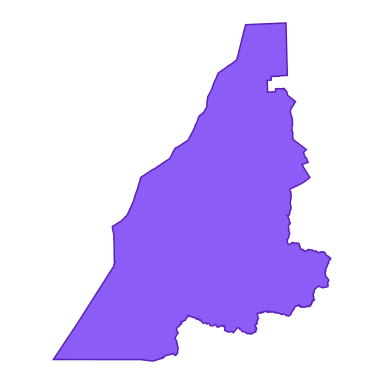 the district of Rubavu, Western, Rwanda
{"feature_id": "39286606B86206624572237", "entity_name": "Rubavu", "entity_type": "district", "adm_level": 2, "iso_a3": "RWA", "parent_name": "Rwanda", "parent_adm1": "Western", "projection": "robinson", "projection_center": [29.369, -1.641], "detail": "fine", "context": "isolated", "style": "filled", "palette": "violet", "viewbox_px": 384, "rotation_deg": 0, "n_neighbors": 0, "source": "geoboundaries", "source_scale": "gbopen_adm2", "svg_char_len": 6092}
<svg xmlns="http://www.w3.org/2000/svg" viewBox="0 0 384 384"><path d="M311.1,305.0L311.4,304.7L311.3,303.8L312.0,302.9L311.7,302.6L311.9,301.7L312.2,301.6L312.2,301.3L312.7,301.3L313.0,301.0L313.0,300.8L312.7,300.7L312.9,300.3L314.2,300.3L314.4,300.0L314.4,299.5L313.7,298.6L313.6,296.5L313.0,295.3L313.3,294.6L313.3,293.9L313.6,293.7L313.5,293.0L313.8,292.9L314.1,292.3L314.1,290.6L315.1,289.2L316.3,287.8L318.4,286.3L318.9,286.2L320.2,287.0L321.4,287.1L322.4,287.8L327.3,286.8L328.0,286.3L328.1,285.0L327.5,282.3L328.1,281.8L328.8,280.4L327.7,278.4L325.9,276.5L325.2,274.2L325.2,272.1L325.6,271.7L325.6,270.5L326.2,267.6L326.9,266.9L327.6,264.3L328.7,263.1L328.5,261.7L329.0,260.1L330.3,259.8L330.6,258.1L329.0,257.1L328.2,256.2L326.7,255.7L325.5,253.8L325.2,252.9L324.6,252.3L323.6,251.9L323.4,252.0L322.4,251.6L321.1,252.2L320.8,251.9L320.5,252.2L319.7,252.2L318.7,252.7L317.5,252.4L316.5,251.2L316.0,251.0L314.3,251.2L312.6,250.2L311.0,249.8L309.7,250.0L308.4,249.4L307.7,250.1L307.4,250.1L307.0,250.5L306.4,250.5L306.0,251.1L305.3,251.4L302.5,249.3L301.3,249.6L300.1,247.7L300.1,246.6L299.5,245.5L299.5,244.7L299.3,244.2L298.9,243.7L297.7,243.0L297.0,243.2L296.6,243.0L296.0,243.4L294.7,243.2L294.0,243.2L293.7,242.5L292.8,242.8L291.9,242.7L290.7,243.9L289.4,244.6L288.2,244.0L287.7,243.3L287.3,242.2L287.4,240.4L287.1,239.5L288.3,238.5L289.7,233.2L289.5,232.3L288.8,231.6L289.0,231.3L289.0,230.2L288.2,226.2L288.7,225.7L288.9,224.9L289.7,224.3L290.4,222.9L289.3,222.3L289.4,220.0L288.5,218.3L288.1,216.5L287.6,215.8L287.9,215.9L288.4,215.6L289.5,214.7L290.1,210.6L290.7,209.9L290.9,208.7L291.0,207.0L290.6,205.3L290.6,204.3L290.2,203.4L290.3,201.8L290.7,201.0L290.6,200.3L291.1,198.1L290.7,196.3L291.2,195.8L291.3,194.8L290.7,193.6L290.8,192.1L290.1,191.2L289.8,189.2L301.2,183.7L304.9,181.4L309.9,177.5L303.8,167.8L302.1,164.3L308.2,162.4L306.9,159.9L306.8,158.4L305.4,157.6L304.8,156.2L303.5,152.4L306.3,149.5L295.0,141.0L293.2,139.4L293.0,138.5L292.7,135.3L292.9,133.4L292.4,132.0L292.2,130.6L291.9,130.1L291.9,129.6L291.9,126.6L292.5,126.0L292.5,120.8L292.0,117.7L291.4,115.6L290.7,114.2L290.7,112.7L290.4,111.4L290.8,109.2L295.5,101.6L287.6,95.3L287.2,93.9L287.0,92.2L286.1,90.6L284.0,88.5L283.4,89.2L283.1,88.5L279.8,88.9L279.6,88.6L275.6,88.8L275.5,91.8L267.4,92.1L267.6,91.8L267.2,80.5L268.5,80.2L271.2,80.1L271.2,76.5L279.2,76.2L279.3,75.8L287.3,75.4L286.0,23.0L245.7,24.7L244.3,29.6L237.8,56.1L237.4,56.9L236.9,59.2L236.5,60.0L231.9,63.6L227.8,66.2L224.3,68.9L221.8,70.5L221.5,70.9L220.1,71.7L217.9,73.5L216.4,77.7L214.0,82.6L211.5,89.9L207.8,96.7L206.9,102.9L207.0,105.9L206.1,108.2L203.8,112.2L202.2,113.5L201.9,114.1L199.5,115.5L198.5,117.6L196.3,123.8L195.2,124.9L195.0,126.6L194.5,128.0L188.1,140.2L178.5,146.5L175.4,148.2L174.3,149.5L173.9,150.9L173.3,151.6L171.3,155.6L170.8,156.9L169.3,158.9L161.0,164.3L159.4,165.6L158.6,165.9L155.8,168.0L151.4,170.3L150.1,171.4L147.6,172.8L145.3,174.5L141.1,177.1L140.4,178.5L139.9,181.1L138.4,185.3L137.9,187.6L135.8,193.5L133.3,201.6L127.5,214.4L125.8,216.6L125.0,217.1L124.7,217.8L123.6,218.6L120.9,221.3L120.4,221.8L119.7,221.9L118.2,222.7L116.5,224.0L112.8,226.2L112.3,226.8L112.6,229.1L113.8,234.5L114.0,236.8L113.8,238.4L114.2,244.1L114.3,261.2L114.9,261.2L114.6,261.5L114.4,264.0L114.0,264.2L113.9,266.0L77.1,323.9L53.4,359.5L141.0,359.6L151.4,360.9L153.5,361.0L158.9,359.1L162.4,358.3L162.9,357.3L163.2,357.8L165.3,355.9L167.0,355.2L167.1,354.9L168.5,354.9L169.0,354.5L170.1,354.7L171.7,354.0L172.3,354.1L173.6,353.4L174.6,355.3L175.3,355.4L176.0,355.1L176.9,353.6L177.4,353.4L177.6,352.6L177.5,351.5L177.8,350.8L177.8,350.0L178.2,348.3L177.9,347.6L177.4,344.5L176.9,343.0L176.8,341.4L175.0,338.3L175.6,337.4L175.6,336.9L176.2,335.9L176.2,335.5L176.9,334.8L177.2,334.1L177.6,333.9L178.2,332.8L176.7,331.0L176.6,329.3L177.4,327.0L179.1,326.5L179.8,325.0L181.4,324.0L181.6,323.1L181.2,322.8L181.2,321.9L183.6,321.2L184.4,320.5L185.4,320.2L185.8,319.0L187.4,316.9L188.6,316.1L188.4,315.5L191.1,316.8L193.5,317.4L194.2,317.9L195.0,317.6L195.6,317.7L196.1,318.1L196.2,318.9L196.6,319.3L197.9,319.0L198.7,319.1L199.0,319.2L199.4,320.3L200.9,320.1L201.1,321.1L202.9,323.0L204.0,323.2L205.5,322.9L206.1,323.0L206.5,323.4L206.9,324.1L208.0,323.4L208.8,323.5L209.3,323.9L209.9,325.2L211.1,325.8L213.4,325.8L214.7,324.3L215.8,324.9L216.2,325.8L217.4,327.1L218.2,327.0L218.7,326.7L219.7,326.7L220.9,325.8L221.8,325.4L222.9,325.7L222.9,326.4L223.5,326.4L223.6,326.1L224.4,326.4L224.5,326.8L224.7,326.6L224.7,330.2L226.9,331.6L229.2,332.0L231.5,331.6L232.9,332.1L233.3,332.7L234.7,331.2L235.4,330.1L236.6,328.8L237.0,328.0L238.4,327.8L239.0,328.2L239.8,329.3L240.8,329.4L242.2,331.7L242.9,331.6L245.3,332.1L246.7,333.4L247.7,333.7L249.2,333.3L249.8,333.9L250.9,334.0L252.1,333.8L253.9,332.4L255.6,332.0L255.3,331.3L256.0,330.9L256.0,329.5L256.6,329.2L256.6,328.1L255.9,327.9L255.9,326.6L254.9,326.0L254.8,325.8L255.4,324.6L256.0,324.3L256.3,323.9L257.0,323.9L257.0,323.5L257.2,323.0L256.6,321.4L257.7,320.3L257.5,319.7L257.6,319.1L258.5,318.6L258.5,318.0L257.8,316.9L257.8,315.4L257.4,315.1L257.3,313.3L257.6,313.2L258.1,313.4L259.0,312.9L259.9,312.8L260.2,313.2L261.2,312.2L261.5,312.7L262.0,312.9L262.5,312.3L263.3,312.4L263.8,311.6L265.0,311.7L265.5,311.1L266.3,311.5L266.7,311.3L267.1,312.1L268.3,312.4L269.1,312.1L269.2,311.0L269.5,311.3L269.5,311.6L270.1,311.7L270.7,312.2L271.5,311.9L273.0,312.0L273.9,311.6L274.3,312.7L275.1,312.4L276.2,313.0L276.9,312.8L278.1,313.2L278.4,313.0L280.5,313.7L280.9,314.2L281.4,314.1L282.2,314.5L283.4,314.0L284.9,314.3L285.6,314.8L286.1,315.5L288.6,316.0L289.6,315.6L290.9,314.4L291.0,313.1L291.4,312.9L291.9,312.0L292.1,311.6L292.0,311.0L292.6,310.8L293.8,309.4L294.4,308.3L294.3,307.8L294.9,306.9L296.2,306.2L296.6,305.8L297.6,305.7L298.0,305.1L298.5,304.9L298.6,305.4L299.2,305.5L299.2,306.0L299.6,305.9L299.7,306.3L300.3,306.0L300.9,307.0L301.5,306.7L301.9,307.2L302.8,306.9L303.8,307.3L305.4,306.7L305.9,306.9L306.9,306.2L307.4,306.1L307.6,306.1L307.6,306.5L307.8,306.7L309.0,306.2L309.8,306.4L309.6,305.4L310.5,304.7L311.1,305.0Z" fill="#8b5cf6" stroke="#5b21b6" stroke-width="1.5"/></svg>